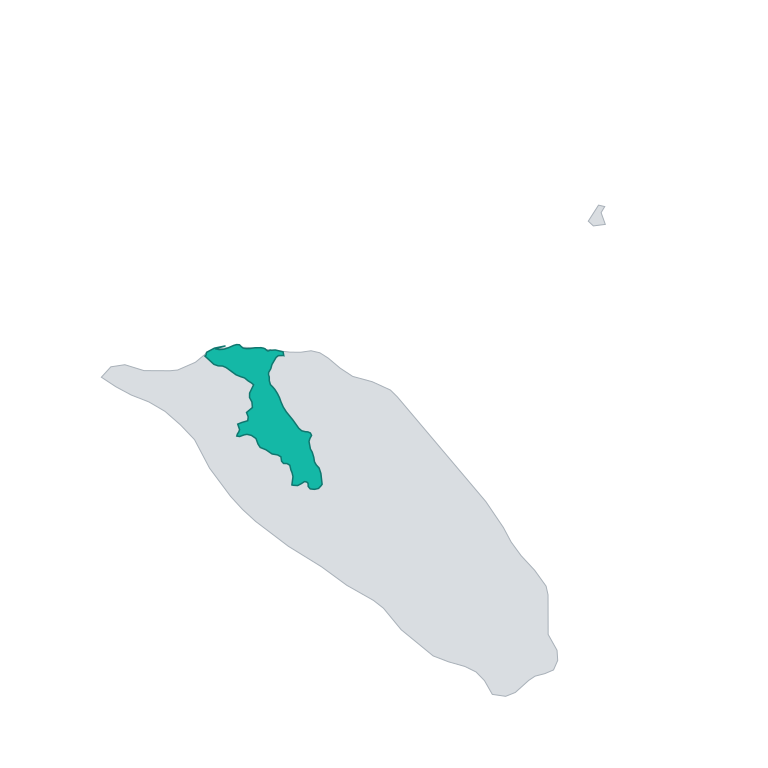 Kaohsiung City on a map of Taiwan (Robinson projection), rotated 112°
{"feature_id": "TWN-1156", "entity_name": "Kaohsiung City", "entity_type": "Special Municipality", "adm_level": 1, "iso_a3": "TWN", "parent_name": "Taiwan", "parent_adm1": "", "projection": "robinson", "projection_center": [120.587, 22.979], "detail": "fine", "context": "in_parent", "style": "filled", "palette": "teal", "viewbox_px": 768, "rotation_deg": 112, "n_neighbors": 0, "source": "natural_earth", "source_scale": "10m", "svg_char_len": 2514}
<svg xmlns="http://www.w3.org/2000/svg" viewBox="0 0 768 768"><g transform="rotate(112 384 384)"><path d="M506.6,538.8L498.2,557.3L491.4,576.9L488.7,595.3L488.9,614.4L487.0,631.6L483.6,648.6L470.4,643.7L463.2,631.5L461.5,611.5L451.9,587.4L448.3,580.5L434.5,567.0L421.9,560.2L412.2,550.3L413.5,551.1L406.3,537.7L400.9,523.4L389.6,482.8L385.7,473.0L380.5,464.1L379.1,455.2L380.9,445.4L385.7,430.7L388.7,415.9L386.3,395.7L387.2,375.8L390.9,366.9L454.9,245.5L472.3,219.6L482.9,206.9L491.8,192.6L500.3,174.5L510.7,158.0L518.1,152.9L554.7,138.0L566.1,123.8L575.2,119.4L585.6,119.7L592.3,126.4L598.3,134.5L604.6,138.8L620.8,146.7L628.0,154.2L631.2,167.3L621.4,179.7L616.5,190.8L615.6,203.2L617.4,219.9L617.7,236.6L605.4,276.0L592.1,300.5L588.6,312.7L584.6,343.0L576.9,373.4L570.3,411.9L559.5,451.6L553.3,468.2L545.7,484.1L527.4,514.2L506.6,538.8ZM153.1,238.6L159.0,249.1L156.5,255.6L137.8,252.1L136.8,245.8L143.8,246.9L153.1,238.6Z" fill="#d9dde1" stroke="#a8b0b8" stroke-width="1"/><path d="M425.2,560.5L423.9,559.9L423.1,559.9L422.1,560.3L421.0,560.3L414.3,554.7L408.0,545.2L414.6,553.7L413.8,549.6L412.7,547.4L411.8,545.6L409.1,542.3L404.4,537.7L402.6,535.3L401.8,532.7L402.9,530.1L403.5,527.9L402.7,524.7L401.3,521.5L398.8,517.3L396.4,511.6L395.9,509.1L395.9,507.5L396.7,505.5L396.9,504.2L396.6,503.5L395.9,502.9L395.2,502.2L394.9,500.9L393.5,498.2L393.1,497.2L392.0,489.6L395.2,487.6L395.2,487.8L397.3,492.6L399.8,494.0L407.9,495.2L412.2,494.7L416.5,495.3L418.7,494.5L420.5,493.0L423.9,491.6L427.1,489.1L428.4,486.1L429.9,483.2L432.7,479.3L435.8,475.8L439.2,472.8L443.1,468.8L446.4,464.2L451.6,454.8L457.0,446.4L458.2,442.8L457.7,439.1L456.9,436.6L457.0,433.9L458.8,431.9L462.4,432.3L465.4,432.0L471.8,427.9L474.1,425.0L478.2,421.7L482.2,419.3L484.4,416.5L486.2,412.7L490.6,409.0L500.2,403.8L502.4,404.4L505.4,405.6L507.6,408.8L508.0,409.9L508.9,413.1L507.4,415.9L504.5,417.2L503.8,419.0L504.3,421.2L507.2,423.2L510.5,426.0L511.9,430.2L512.1,431.6L504.0,433.7L500.7,436.0L498.6,438.1L494.6,440.9L494.1,444.1L495.3,447.4L493.9,450.1L490.1,452.3L489.6,456.1L490.8,461.6L489.2,468.8L489.2,475.0L486.9,478.3L482.5,482.3L481.3,487.7L482.0,492.2L483.6,494.7L486.8,498.2L487.4,501.0L485.4,501.2L482.7,500.7L480.4,500.8L476.0,504.6L473.0,501.5L469.1,496.6L465.3,497.6L461.9,500.8L455.1,497.2L450.2,499.7L446.9,503.6L442.8,505.2L433.6,504.6L432.7,507.2L432.0,511.2L430.6,515.6L430.9,519.5L430.9,524.7L427.9,536.5L427.8,540.4L429.3,544.6L429.5,549.1L425.2,560.5Z" fill="#14b8a6" stroke="#0f766e" stroke-width="1.5"/></g></svg>